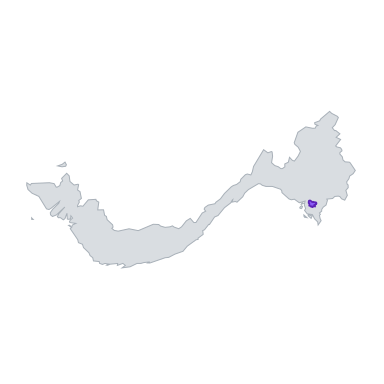 Son Dong, Bắc Giang, Vietnam shown in context, rotated 86°
{"feature_id": "81297802B10167820950608", "entity_name": "Son Dong", "entity_type": "district", "adm_level": 2, "iso_a3": "VNM", "parent_name": "Vietnam", "parent_adm1": "Bắc Giang", "projection": "robinson", "projection_center": [106.856, 21.328], "detail": "fine", "context": "in_parent", "style": "filled", "palette": "violet", "viewbox_px": 384, "rotation_deg": 86, "n_neighbors": 0, "source": "geoboundaries", "source_scale": "gbopen_adm2", "svg_char_len": 5383}
<svg xmlns="http://www.w3.org/2000/svg" viewBox="0 0 384 384"><g transform="rotate(86 192 192)"><path d="M233.7,68.5L230.6,68.7L227.3,71.6L222.9,73.5L221.8,78.6L218.2,81.0L216.4,79.8L212.8,80.9L208.9,79.8L210.2,85.7L206.3,90.4L206.7,93.4L205.7,95.7L198.9,102.3L196.9,102.4L195.4,103.5L192.1,111.3L191.6,117.8L190.2,121.5L188.7,123.1L188.3,125.1L193.5,135.5L196.9,139.6L200.3,141.7L205.3,147.8L204.5,149.5L204.9,152.9L202.5,151.9L202.8,152.3L205.6,154.2L209.9,160.7L217.3,167.7L218.5,171.2L225.7,176.9L225.5,177.6L230.6,182.2L231.2,184.0L235.0,183.8L238.5,189.2L239.7,189.2L240.0,191.4L245.7,200.5L250.5,205.1L252.8,213.4L255.6,219.8L255.7,223.4L259.9,239.0L259.7,241.0L258.8,239.0L259.0,244.9L259.7,248.0L259.4,251.8L262.3,259.0L262.8,267.0L260.6,263.6L258.4,265.9L260.0,271.6L258.1,271.1L258.3,278.7L259.2,281.3L259.0,282.3L258.0,280.3L257.2,283.9L258.0,286.4L256.7,289.2L254.9,289.4L253.9,295.1L250.6,295.6L248.3,298.1L245.4,299.1L239.9,304.1L236.5,304.9L234.6,308.8L231.6,309.3L220.1,316.0L218.8,314.4L216.7,313.8L215.2,310.1L214.0,315.9L213.1,316.3L211.4,315.2L209.7,312.9L207.3,314.5L210.0,315.0L210.7,316.5L210.3,318.3L204.5,318.2L209.7,320.6L210.8,322.3L208.4,325.1L208.3,327.1L207.1,328.0L204.2,326.2L198.1,319.9L205.4,328.8L206.7,332.9L204.9,334.7L202.8,334.8L199.4,332.1L194.0,325.7L192.1,324.8L198.5,333.9L199.5,335.9L198.7,338.3L185.7,345.1L182.1,351.6L178.1,355.4L173.7,356.4L171.3,356.1L173.8,352.8L172.3,351.6L172.8,333.6L174.0,329.0L177.7,327.1L177.7,326.1L176.4,323.4L173.4,322.3L172.0,320.3L169.3,321.1L164.6,315.7L167.3,313.4L173.0,313.0L176.8,309.2L176.3,305.1L176.8,304.6L182.0,306.0L183.8,303.7L190.7,302.8L192.6,305.6L194.2,305.1L197.4,307.1L198.7,307.2L198.0,304.3L198.6,301.8L192.6,296.0L192.6,288.4L194.0,288.0L195.6,285.7L203.3,287.3L203.6,281.5L209.2,280.8L210.4,279.1L213.7,278.6L219.2,273.5L221.5,273.2L222.7,274.5L224.9,272.2L225.9,268.3L224.3,257.4L226.8,248.3L221.5,232.9L222.1,227.5L223.8,225.7L225.4,221.3L225.2,216.3L224.4,213.9L225.8,212.2L227.7,207.8L226.0,204.8L220.4,199.7L218.2,195.6L222.6,192.3L222.7,190.2L213.7,183.3L212.1,179.7L209.9,181.1L208.3,180.2L206.2,176.7L205.3,169.9L203.9,168.9L200.8,164.1L195.7,159.7L189.6,152.5L188.4,150.3L187.6,147.0L185.1,143.2L182.7,142.4L178.5,137.6L177.9,135.6L179.1,132.1L176.1,130.4L170.8,128.8L154.8,117.6L158.2,113.6L157.2,110.0L157.6,109.3L162.0,109.1L168.3,110.6L171.4,107.6L172.8,104.2L174.9,101.7L175.0,100.3L173.4,97.6L170.5,97.5L169.0,93.8L164.2,92.3L167.4,89.7L168.3,87.7L163.8,83.8L159.1,81.0L154.8,82.9L151.6,86.1L150.0,86.6L139.8,82.2L135.0,73.9L136.9,67.1L136.9,64.6L134.9,63.5L134.4,61.8L132.9,64.7L131.4,64.8L129.9,59.7L128.1,58.5L121.2,49.1L123.3,47.2L126.6,41.8L127.9,40.8L134.8,44.5L137.7,47.6L140.7,45.5L140.7,44.3L144.3,40.4L147.5,44.4L150.0,40.1L156.1,45.5L157.1,44.5L158.3,40.8L160.0,39.7L161.4,39.5L163.0,41.7L164.4,41.9L167.4,39.6L170.5,39.2L172.6,37.2L173.2,33.0L173.9,32.2L181.9,27.6L185.0,30.0L187.1,33.6L189.8,34.6L192.7,37.0L195.0,36.7L195.8,35.8L198.6,35.9L201.1,38.4L206.2,37.3L210.8,40.2L209.2,43.3L206.9,44.8L206.3,46.4L206.4,49.9L208.3,52.2L208.5,58.0L209.8,57.5L214.4,59.2L216.2,62.1L218.4,63.8L220.2,64.0L221.8,66.3L223.3,65.5L224.1,66.5L227.3,66.1L229.6,65.2L233.7,68.5ZM157.5,316.2L157.8,319.9L156.6,324.2L155.3,319.5L153.3,316.6L156.0,315.4L157.5,316.2ZM226.6,75.0L223.8,77.8L222.8,77.7L224.2,73.8L226.6,75.0ZM215.6,85.5L214.8,85.5L213.3,83.7L214.1,82.8L215.8,83.5L216.2,84.3L215.6,85.5ZM225.0,81.5L224.0,82.0L222.7,82.0L225.6,79.1L225.0,81.5ZM211.0,81.4L212.2,84.4L210.5,82.8L211.0,81.4ZM218.8,314.9L216.7,317.4L216.6,316.2L218.8,314.9ZM208.2,353.8L206.6,353.8L208.3,352.3L208.2,353.8Z" fill="#d9dde1" stroke="#a8b0b8" stroke-width="1"/><path d="M215.6,72.6L215.4,72.4L215.3,72.2L215.2,72.1L215.0,71.9L214.9,71.9L214.7,71.8L214.8,71.7L214.8,71.4L214.8,71.2L214.7,71.1L214.7,70.9L214.8,70.8L214.8,70.7L215.0,70.5L215.1,70.4L214.9,70.3L214.9,70.2L214.7,70.0L214.4,70.1L214.3,70.3L214.2,70.4L213.9,70.2L214.0,70.2L213.9,70.2L213.7,70.2L213.7,70.3L213.6,70.2L213.4,70.2L213.3,70.3L213.3,70.2L213.2,70.2L213.0,69.9L212.9,69.8L212.9,69.7L213.0,69.6L213.1,69.4L213.0,69.2L212.9,69.2L212.9,68.9L212.7,68.8L212.4,68.7L212.3,68.8L212.2,68.8L212.1,68.7L212.0,68.8L212.0,68.6L211.9,68.6L211.7,68.6L211.4,68.6L211.2,68.7L211.0,68.9L211.0,69.0L210.9,69.2L210.9,69.3L210.8,69.5L210.7,69.7L210.7,69.8L210.7,70.0L210.8,70.1L210.8,70.3L210.7,70.5L210.7,70.8L210.7,71.0L210.7,71.3L210.4,71.3L210.4,71.5L210.2,71.7L210.1,71.8L210.1,72.0L210.3,72.1L210.4,72.3L210.5,72.3L210.6,72.5L210.4,72.7L210.3,72.8L210.3,73.0L210.2,73.3L209.9,73.4L209.9,73.5L209.7,73.7L209.4,73.8L209.2,73.9L209.0,74.0L208.9,74.3L208.9,74.5L209.0,74.6L209.0,74.8L208.9,75.0L208.8,75.3L208.7,75.3L208.8,75.5L208.7,75.6L208.7,75.8L208.8,76.0L209.0,76.1L209.3,76.1L209.5,76.2L209.6,76.3L209.8,76.2L210.0,76.3L210.3,76.4L210.5,76.3L210.8,76.5L211.0,76.5L211.1,76.4L211.4,76.4L211.5,76.3L211.8,76.4L211.7,76.3L211.6,76.2L211.6,75.9L211.6,75.7L211.9,75.7L212.0,75.7L212.3,75.8L212.5,75.9L212.7,75.7L212.8,75.7L212.9,75.8L213.0,75.8L213.2,75.7L213.3,75.7L213.5,75.8L213.6,76.0L213.8,76.1L213.9,75.9L213.9,75.7L214.0,75.7L214.2,75.4L214.1,75.2L214.3,75.1L214.4,74.9L214.5,74.8L214.5,74.7L214.6,74.4L214.6,74.2L214.7,73.9L214.5,73.7L214.5,73.4L214.8,73.3L215.0,73.3L215.1,73.2L215.2,73.3L215.2,73.2L215.3,73.2L215.5,73.0L215.6,72.9L215.6,72.7L215.6,72.6Z" fill="#8b5cf6" stroke="#5b21b6" stroke-width="1.5"/></g></svg>